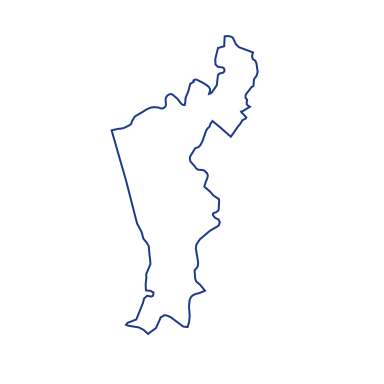 Leiria, Robinson projection, rotated 324°
{"feature_id": "PRT-740", "entity_name": "Leiria", "entity_type": "District", "adm_level": 1, "iso_a3": "PRT", "parent_name": "Portugal", "parent_adm1": "", "projection": "robinson", "projection_center": [-8.666, 39.654], "detail": "fine", "context": "isolated", "style": "outline", "palette": "blue", "viewbox_px": 384, "rotation_deg": 324, "n_neighbors": 0, "source": "natural_earth", "source_scale": "10m", "svg_char_len": 2750}
<svg xmlns="http://www.w3.org/2000/svg" viewBox="0 0 384 384"><g transform="rotate(324 192 192)"><path d="M73.1,281.1L71.8,275.2L69.4,270.3L62.2,263.1L60.6,260.7L63.0,260.0L72.0,262.4L86.9,253.1L90.7,250.0L94.8,249.6L97.3,252.5L99.4,253.0L101.8,250.7L100.2,247.5L96.9,244.5L100.2,239.5L104.8,234.4L106.5,231.7L110.2,229.4L116.0,225.9L118.9,221.2L121.0,217.3L125.2,210.3L125.6,206.0L125.2,201.3L127.7,194.7L129.0,185.3L144.9,145.2L163.2,94.9L164.5,95.4L169.6,97.6L171.5,98.8L174.3,100.1L180.8,101.3L182.8,101.1L185.2,99.4L190.1,97.3L200.5,98.3L204.4,98.6L208.6,99.6L211.1,101.0L214.5,103.9L216.3,106.5L216.9,106.9L218.3,107.4L220.4,107.3L221.5,106.7L222.1,106.2L225.2,101.4L226.6,100.3L228.0,99.7L229.6,99.5L230.8,99.6L232.2,100.2L233.5,101.6L234.8,107.1L235.1,109.3L235.1,113.3L235.4,115.1L236.2,116.5L237.2,117.3L238.6,116.2L242.3,111.9L247.6,108.8L254.2,103.5L258.3,103.8L258.7,102.6L260.5,102.8L261.9,104.0L264.6,109.2L266.6,114.0L267.4,117.2L267.1,119.3L266.0,120.9L264.5,121.9L263.5,122.7L264.9,123.1L266.5,123.1L274.8,120.2L281.8,112.6L283.9,112.3L287.1,113.7L288.9,113.5L290.1,112.3L290.5,110.2L289.6,108.8L287.2,106.7L286.5,105.8L286.2,104.0L286.0,102.6L289.1,98.0L297.7,90.8L303.7,93.0L309.9,85.3L312.5,86.8L313.7,87.8L315.0,89.6L315.7,91.2L314.4,98.1L315.0,102.3L323.4,115.0L321.1,116.7L320.2,117.8L319.3,120.3L319.8,121.5L320.1,122.5L320.4,122.9L319.7,125.9L315.8,133.3L313.8,135.0L311.9,136.2L310.2,136.6L308.3,137.4L306.6,139.3L304.9,141.4L303.7,142.4L301.8,142.1L292.8,144.8L291.8,145.8L290.6,147.3L290.8,148.5L290.7,150.0L289.4,151.0L287.9,153.2L287.9,154.4L288.9,157.1L280.5,156.4L279.0,155.8L278.8,157.0L279.2,158.7L279.8,163.6L278.8,164.1L274.9,163.6L270.5,165.4L267.9,166.0L259.6,168.9L255.9,170.1L255.7,169.0L255.2,167.5L254.9,165.5L253.5,159.7L253.0,157.0L250.3,146.6L247.1,147.6L244.4,149.5L242.6,149.6L239.8,150.5L230.0,157.2L226.3,159.0L223.8,159.5L220.2,158.5L210.9,162.4L209.8,164.0L208.7,166.2L208.8,168.1L209.3,172.5L209.3,175.4L209.9,177.3L211.2,178.6L212.9,179.9L214.5,181.8L215.2,185.7L214.5,187.9L213.0,189.4L211.3,190.6L209.5,191.6L205.1,194.9L206.9,202.6L207.2,207.2L209.6,213.8L208.3,215.7L203.1,222.1L201.5,222.5L199.5,222.6L197.9,221.9L196.4,221.8L195.5,222.9L195.3,224.6L195.6,226.6L196.9,229.2L197.3,229.8L197.3,230.2L197.0,231.1L196.6,233.0L193.7,234.9L183.9,233.9L170.6,234.9L164.7,237.1L162.0,239.8L155.6,252.5L153.7,254.9L152.0,256.0L148.0,256.9L143.6,264.1L142.8,267.0L144.0,271.4L144.5,279.5L138.8,278.2L135.0,276.6L132.1,276.1L129.8,276.3L128.4,276.9L126.4,278.2L122.1,283.1L117.4,290.8L113.3,295.4L109.1,298.7L105.8,295.7L101.2,280.8L99.6,278.0L98.0,276.0L96.6,275.2L95.6,275.4L92.9,275.0L91.3,276.1L82.8,280.9L74.9,280.9L73.1,281.1L73.1,281.1Z" fill="none" stroke="#1e3a8a" stroke-width="2"/></g></svg>